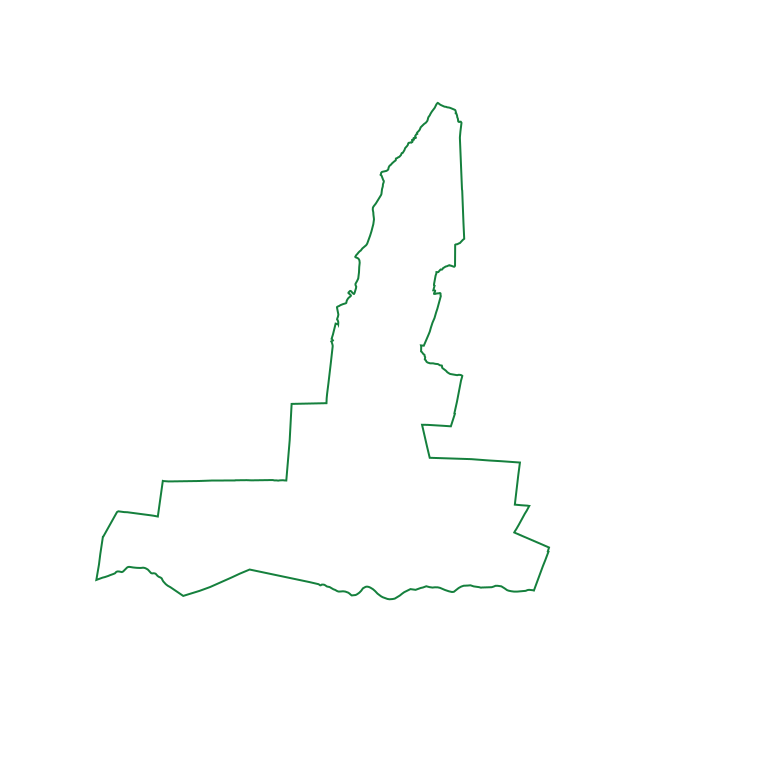 the district of Filipestii De Targ, Prahova, Romania, rotated 110°
{"feature_id": "2599482B69581696134481", "entity_name": "Filipestii De Targ", "entity_type": "district", "adm_level": 2, "iso_a3": "ROU", "parent_name": "Romania", "parent_adm1": "Prahova", "projection": "robinson", "projection_center": [25.752, 44.957], "detail": "fine", "context": "isolated", "style": "outline", "palette": "green", "viewbox_px": 768, "rotation_deg": 110, "n_neighbors": 0, "source": "geoboundaries", "source_scale": "gbopen_adm2", "svg_char_len": 6130}
<svg xmlns="http://www.w3.org/2000/svg" viewBox="0 0 768 768"><g transform="rotate(110 384 384)"><path d="M666.5,587.3L662.2,582.2L661.0,580.4L658.7,577.5L657.3,576.0L654.9,573.1L653.8,572.0L652.1,571.3L651.4,570.5L650.8,568.9L650.4,566.0L649.4,565.0L644.4,562.7L643.4,561.8L642.9,560.6L642.2,557.0L641.4,553.8L640.3,550.3L639.6,548.7L639.0,547.6L638.7,545.9L638.8,544.2L639.2,542.3L641.3,538.3L641.3,537.1L640.7,536.0L640.4,534.7L640.4,533.7L641.8,531.1L642.2,529.7L642.3,527.7L642.7,526.4L644.0,525.1L645.0,523.9L646.7,520.7L647.5,518.3L648.0,515.2L651.8,500.2L641.5,486.6L634.2,477.9L617.8,460.9L611.6,454.7L604.3,446.8L595.6,386.1L594.5,377.0L595.0,375.1L594.7,374.5L593.9,374.0L593.5,373.1L593.1,371.8L593.2,370.7L593.8,368.3L593.4,365.7L594.2,361.4L594.2,359.5L594.6,357.3L594.6,355.9L594.3,354.9L592.8,351.6L592.3,349.4L592.3,348.2L592.3,346.3L592.7,344.8L593.4,343.1L593.7,342.0L592.0,338.5L590.7,337.3L588.5,335.8L586.1,334.7L585.0,334.4L583.2,333.9L581.0,332.0L580.4,331.1L580.1,330.3L579.9,328.8L580.0,327.2L580.6,324.2L581.6,321.6L583.2,318.4L584.5,314.2L584.8,312.3L584.8,307.2L584.4,305.2L583.2,302.5L582.0,300.5L577.4,296.8L574.9,295.3L572.7,293.8L567.7,289.0L566.6,283.9L563.1,279.7L561.9,277.8L559.6,275.1L559.3,271.7L558.7,268.8L557.6,266.6L556.7,263.9L556.4,261.7L556.7,256.2L556.6,252.2L556.2,249.0L555.4,247.3L550.2,244.1L548.0,242.2L546.3,240.1L544.9,236.7L543.6,233.9L543.5,230.5L542.4,225.3L542.2,223.2L541.7,222.3L538.1,213.3L536.8,211.6L535.5,210.2L534.8,208.4L534.0,204.5L534.8,200.7L535.6,197.9L535.6,196.2L535.2,193.5L534.6,190.8L533.5,187.8L529.9,180.1L528.6,178.7L527.8,177.3L526.9,173.7L526.8,172.5L500.7,172.4L494.5,172.2L485.3,172.1L485.3,172.8L481.2,173.0L479.0,210.8L478.0,210.7L474.8,210.0L470.3,209.2L457.7,207.3L454.4,206.6L448.9,205.8L449.1,206.6L449.2,207.4L450.9,213.3L452.6,219.8L423.5,226.7L411.3,229.4L416.5,247.6L419.9,259.0L424.8,276.4L437.7,315.8L427.7,322.4L409.3,334.3L407.5,329.1L403.0,314.0L400.9,306.7L387.8,307.2L387.8,307.7L387.7,307.8L375.5,309.4L354.4,312.8L351.3,313.0L349.6,313.2L349.3,314.1L349.4,315.6L349.8,316.9L350.7,318.3L351.9,325.0L351.9,325.8L351.3,328.5L350.3,330.4L349.0,334.6L348.5,335.1L347.3,335.6L346.9,336.0L347.3,337.9L346.9,339.6L346.9,340.3L347.5,342.7L347.8,345.0L348.8,347.7L348.9,350.2L348.8,350.9L348.4,351.9L347.5,352.7L347.0,354.0L346.4,354.2L345.4,354.3L344.7,354.5L344.1,355.2L342.7,356.0L342.3,357.4L341.1,359.2L340.7,360.3L337.1,361.5L336.2,361.8L335.1,362.5L334.4,359.7L322.0,359.0L319.1,358.9L315.2,359.2L309.8,359.4L304.8,359.1L298.9,359.5L295.1,359.6L281.9,360.7L281.3,361.2L279.7,361.8L279.5,362.0L279.4,362.4L279.5,362.8L280.1,363.6L280.7,365.1L282.0,367.0L282.1,367.8L281.6,368.0L280.0,367.7L279.0,367.8L278.8,367.9L278.7,368.5L279.1,369.7L274.3,370.1L274.2,370.7L273.3,371.1L264.4,372.6L262.3,372.6L260.9,373.0L260.6,372.0L260.2,371.2L259.0,370.8L258.4,370.5L257.5,370.2L257.0,369.9L256.9,369.1L256.7,368.7L256.2,368.4L255.1,368.2L254.7,367.9L252.6,366.3L251.7,365.0L250.3,363.6L250.0,363.1L250.2,362.4L249.9,362.0L249.9,361.7L249.9,358.4L249.8,358.1L249.5,357.9L248.6,357.7L229.5,364.5L228.8,364.7L228.2,364.2L227.5,362.8L226.5,362.0L225.6,360.9L221.8,359.3L220.1,358.3L205.5,364.4L179.8,374.9L175.6,376.6L174.4,377.3L127.2,396.7L126.1,397.1L120.4,398.6L112.1,400.5L111.3,401.5L111.5,402.4L111.9,402.7L112.1,403.2L112.0,403.8L111.8,404.1L109.3,405.4L108.4,406.3L106.7,407.2L104.8,408.8L105.9,409.0L104.0,409.5L102.4,410.3L102.3,410.1L102.3,410.6L102.1,411.8L101.9,416.2L102.0,417.6L102.3,418.8L102.4,419.7L102.3,420.2L102.7,422.1L102.4,426.0L102.2,427.1L101.5,429.2L101.5,429.7L102.1,430.0L103.3,430.4L107.1,430.8L111.6,432.2L114.0,432.7L115.9,432.9L118.0,433.5L119.3,433.5L120.7,433.3L122.0,433.3L124.1,434.0L126.0,435.3L130.2,437.3L132.7,437.4L133.5,437.6L134.6,438.0L135.8,438.6L136.9,438.9L137.6,438.3L138.5,439.1L140.2,439.5L140.7,439.4L141.4,438.4L141.8,438.3L142.2,438.7L142.4,439.7L142.7,440.2L142.9,440.3L143.1,440.3L144.0,439.5L144.4,439.6L144.6,439.9L144.8,440.2L144.9,440.9L145.1,441.1L145.4,441.0L146.3,440.3L146.5,440.1L147.0,440.2L147.9,441.0L147.8,441.5L148.7,442.7L148.9,443.2L149.5,443.5L151.3,443.4L152.4,443.7L155.1,444.8L157.3,444.8L160.2,445.4L160.6,445.6L161.0,446.3L163.2,446.4L165.3,447.3L166.1,448.2L167.1,448.8L167.9,449.8L168.4,449.9L169.4,449.5L170.0,449.6L171.5,450.6L174.3,452.1L175.2,452.3L177.0,453.4L178.8,453.7L181.0,453.4L182.0,453.9L182.9,454.6L183.7,455.8L185.2,458.2L185.7,458.6L186.5,458.9L187.4,458.7L188.1,458.7L188.4,458.8L188.7,458.7L189.0,457.6L192.6,454.5L193.2,453.7L193.6,453.5L194.7,453.3L196.6,453.3L198.8,452.7L201.6,452.5L206.3,451.4L207.4,451.4L217.2,453.4L220.9,454.6L222.3,454.7L224.2,454.1L226.3,452.8L228.6,451.8L231.5,450.3L232.8,449.7L237.5,448.7L244.9,448.0L249.2,447.8L257.9,447.8L259.6,448.2L264.0,450.7L266.6,451.5L267.5,452.2L269.3,453.0L270.6,453.4L272.5,454.2L274.3,454.5L274.6,454.2L274.7,453.2L274.7,452.0L274.9,451.2L275.2,450.6L275.7,449.9L276.4,449.3L278.4,448.3L282.5,447.3L287.6,445.7L293.6,444.3L296.3,444.5L299.2,445.0L299.9,445.0L300.9,444.5L302.0,443.4L303.4,443.1L308.6,442.8L309.6,443.0L309.7,443.4L309.1,444.9L308.2,446.4L308.0,447.1L308.1,447.6L308.5,447.9L310.1,448.6L310.6,448.6L310.8,448.3L311.6,446.2L311.9,445.7L312.3,445.3L312.9,445.4L315.1,446.7L316.2,447.1L318.3,447.5L320.7,447.2L321.2,447.5L323.1,450.0L324.8,451.9L325.9,452.7L327.2,454.1L327.6,454.4L328.1,454.4L334.4,450.6L336.5,450.3L338.5,450.3L339.5,450.1L339.7,449.5L340.9,448.5L342.1,447.9L343.5,447.5L343.4,447.6L343.5,448.2L343.7,448.7L343.8,450.1L355.0,448.9L359.4,448.7L359.4,448.4L359.9,447.7L360.6,446.9L362.0,448.1L362.4,447.6L363.5,446.7L365.2,445.5L366.5,445.0L368.7,444.5L382.3,441.2L402.6,436.4L412.7,434.1L417.0,433.0L421.7,431.5L434.3,464.0L469.4,453.3L508.1,442.8L508.7,444.7L509.0,446.1L510.3,449.2L511.0,450.4L511.3,451.9L512.1,454.1L512.3,455.7L519.9,475.7L521.3,480.1L525.3,490.7L525.4,490.9L525.6,491.0L533.5,512.5L538.6,525.1L549.2,553.0L550.6,557.9L550.7,558.7L585.9,551.2L586.6,555.5L587.2,558.4L592.3,581.4L593.2,584.2L594.5,590.1L595.7,591.1L623.5,595.6L623.7,595.9L641.0,592.4L651.1,590.1L666.5,587.3Z" fill="none" stroke="#15803d" stroke-width="2"/></g></svg>